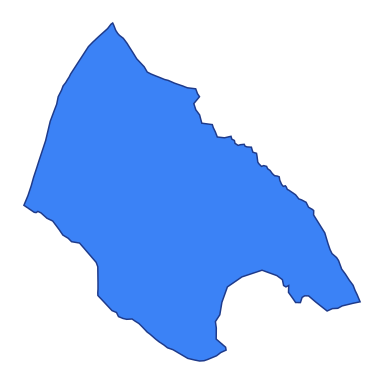 Ardo-Kola, Taraba, Nigeria
{"feature_id": "59680162B5954014037791", "entity_name": "Ardo-Kola", "entity_type": "district", "adm_level": 2, "iso_a3": "NGA", "parent_name": "Nigeria", "parent_adm1": "Taraba", "projection": "natural_earth1", "projection_center": [11.217, 8.847], "detail": "fine", "context": "isolated", "style": "filled", "palette": "blue", "viewbox_px": 384, "rotation_deg": 0, "n_neighbors": 0, "source": "geoboundaries", "source_scale": "gbopen_adm2", "svg_char_len": 2400}
<svg xmlns="http://www.w3.org/2000/svg" viewBox="0 0 384 384"><path d="M195.7,88.8L187.4,87.8L184.5,86.7L182.8,86.0L180.1,85.1L174.6,83.2L168.2,80.4L164.6,79.5L160.0,77.6L155.4,75.8L150.8,73.9L147.5,72.2L147.2,72.0L144.2,66.8L141.4,63.8L139.5,61.8L136.7,58.8L134.8,55.7L132.9,52.6L129.0,46.5L127.1,43.4L123.3,38.3L119.5,35.4L117.7,33.4L115.7,30.3L113.7,25.1L112.7,23.0L111.0,24.2L107.6,28.6L98.9,36.4L92.8,42.1L88.5,46.5L70.7,73.9L69.1,77.1L67.6,79.4L65.7,82.6L63.1,85.9L61.5,90.2L58.2,96.7L56.7,104.2L54.2,110.7L50.2,121.4L47.9,131.1L45.6,140.7L42.4,150.4L39.2,160.1L36.8,167.6L33.6,177.3L31.2,185.9L28.0,195.5L23.9,205.3L34.2,212.3L36.1,212.6L37.9,211.4L41.0,212.9L47.0,218.3L52.7,221.0L59.0,229.4L62.9,235.1L68.1,238.2L71.6,241.7L79.3,243.0L79.6,243.1L87.7,252.5L96.2,262.4L97.8,266.8L98.0,282.8L98.0,289.1L97.8,292.8L97.9,295.5L98.8,296.5L102.6,300.5L105.4,303.5L112.0,310.6L116.5,312.5L118.5,316.6L123.1,318.5L126.7,319.3L132.1,319.0L134.9,321.0L138.9,323.5L142.4,327.0L147.1,332.0L149.8,334.0L152.0,335.9L155.5,339.0L159.2,341.9L163.8,344.9L167.5,347.8L173.0,349.7L187.8,358.4L195.0,360.1L199.6,361.0L204.1,360.7L207.6,359.5L216.5,355.8L220.8,352.5L226.1,350.1L225.6,347.2L216.2,339.1L216.3,328.0L215.4,321.6L219.8,314.8L221.9,302.3L227.4,286.9L241.9,276.9L251.8,273.6L262.0,270.2L276.9,275.6L282.4,279.7L283.6,285.5L285.9,286.9L288.7,285.5L288.5,292.4L292.8,298.4L295.6,302.5L300.4,302.6L302.1,297.4L304.7,295.8L308.6,295.9L315.7,302.0L327.1,311.0L332.4,308.6L337.8,308.3L342.2,305.9L347.6,304.6L352.9,303.3L360.1,301.8L357.1,294.6L355.1,290.5L353.1,285.3L349.3,280.2L345.4,274.1L341.6,269.0L341.2,267.8L338.6,260.7L336.6,257.6L332.0,253.6L330.0,249.5L327.9,243.3L324.8,232.9L313.6,215.0L313.7,210.6L312.6,209.6L308.5,207.2L306.1,202.3L301.4,199.8L298.8,198.9L295.6,194.8L289.2,190.4L287.3,189.4L286.2,186.8L285.3,185.8L283.3,186.4L281.6,184.4L279.8,180.3L279.2,176.8L277.4,176.1L274.6,175.7L272.3,173.6L270.1,170.5L267.7,168.8L267.1,167.6L266.6,166.4L263.7,165.6L261.5,166.4L259.1,164.0L257.8,162.2L257.0,156.1L256.5,153.3L253.8,152.5L252.9,152.2L252.0,149.4L251.4,147.2L247.0,146.9L245.1,146.2L244.2,144.3L240.4,144.7L238.1,145.4L235.0,143.3L234.4,140.5L231.8,139.1L231.0,136.3L224.5,137.8L217.3,137.0L215.3,131.8L213.3,127.7L212.3,124.6L201.8,123.2L200.7,119.1L199.6,114.9L195.8,109.8L193.8,103.6L199.5,96.7L197.5,93.7L195.7,88.8Z" fill="#3b82f6" stroke="#1e3a8a" stroke-width="1.5"/></svg>